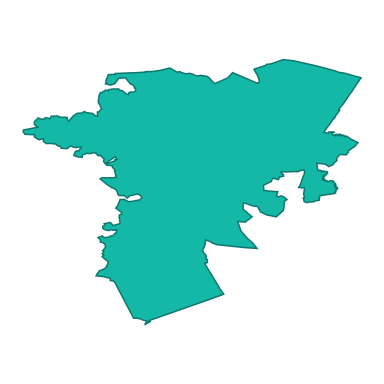 Annenieku pag., Dobele, Latvia (Equal Earth projection)
{"feature_id": "27541924B50154726334308", "entity_name": "Annenieku pag.", "entity_type": "district", "adm_level": 2, "iso_a3": "LVA", "parent_name": "Latvia", "parent_adm1": "Dobele", "projection": "equal_earth", "projection_center": [23.093, 56.636], "detail": "fine", "context": "isolated", "style": "filled", "palette": "teal", "viewbox_px": 384, "rotation_deg": 0, "n_neighbors": 0, "source": "geoboundaries", "source_scale": "gbopen_adm2", "svg_char_len": 5918}
<svg xmlns="http://www.w3.org/2000/svg" viewBox="0 0 384 384"><path d="M149.3,320.5L212.0,298.5L223.7,294.2L219.8,288.6L218.3,285.9L204.7,263.5L207.5,262.5L207.3,261.4L207.4,259.5L206.0,259.1L205.8,258.1L206.3,257.5L206.4,256.3L205.4,254.4L204.4,253.8L202.5,250.6L205.1,244.7L205.6,239.9L211.2,241.9L212.0,242.9L216.8,244.7L243.7,247.5L257.0,248.4L252.8,243.1L247.2,238.2L241.0,231.0L237.7,221.5L245.2,222.1L252.1,216.8L243.1,209.2L243.2,204.2L243.6,202.8L245.4,203.2L252.5,205.9L257.5,206.5L260.4,211.9L266.7,214.9L276.3,216.9L283.5,210.3L284.0,206.6L284.5,201.3L287.0,199.5L284.1,197.1L281.1,195.8L278.0,197.0L276.4,195.5L277.8,191.7L270.1,191.2L263.9,190.4L263.4,185.3L271.2,181.5L272.7,178.2L278.5,179.6L279.4,177.1L283.7,176.1L283.3,174.6L281.2,172.9L281.1,171.8L286.8,171.9L295.0,171.5L297.6,171.8L300.1,170.6L303.2,170.1L304.6,170.5L304.3,173.9L302.1,179.3L301.0,183.1L300.0,185.3L298.7,187.4L299.9,187.3L301.9,188.1L302.7,187.6L304.1,187.6L304.4,189.6L303.6,194.0L303.9,195.4L304.2,195.7L304.6,197.6L303.3,197.8L304.2,201.7L306.9,202.6L308.2,202.2L314.2,201.7L314.9,200.9L319.2,200.3L319.4,197.6L320.3,195.6L334.6,193.5L334.7,193.1L335.3,193.0L334.9,192.6L335.3,192.5L335.3,192.1L335.9,191.6L335.4,190.7L335.8,190.5L335.9,190.0L336.7,189.8L336.7,189.2L337.7,188.7L337.3,188.1L337.3,187.7L336.3,187.4L335.9,187.7L335.1,187.5L335.0,187.3L336.1,186.5L334.7,185.7L335.7,185.0L334.8,184.5L335.5,183.8L334.5,182.9L333.4,182.2L333.6,181.8L332.9,181.9L332.7,181.4L333.0,181.1L332.7,180.8L329.9,180.8L328.4,181.6L327.6,181.3L326.5,181.5L326.0,180.9L326.2,180.7L324.6,180.5L324.6,179.9L323.8,180.0L324.4,179.4L323.0,179.2L323.2,178.7L322.8,178.7L323.0,178.3L323.7,178.4L323.8,178.1L323.7,177.9L323.0,177.8L323.8,177.2L323.3,176.6L324.3,176.7L324.7,176.3L324.4,175.9L324.7,175.6L324.0,175.8L323.9,175.4L325.8,174.7L326.4,174.8L326.5,174.0L327.6,173.2L327.4,172.0L326.9,171.5L325.6,171.8L324.7,171.3L323.1,171.2L322.9,171.2L322.6,171.8L321.7,171.9L321.4,171.5L322.0,171.2L321.8,170.9L319.6,170.2L319.1,170.5L318.1,170.5L317.7,169.6L316.8,163.2L325.7,164.2L328.6,166.6L333.1,164.6L333.9,163.1L336.8,160.8L336.9,157.7L338.1,156.7L339.5,154.5L346.2,154.8L348.4,152.2L348.2,151.1L351.4,148.6L354.8,146.4L358.0,142.6L350.9,139.1L346.9,136.3L346.1,136.0L345.8,136.4L344.5,136.7L344.4,135.9L343.7,135.3L343.2,135.4L341.8,135.0L341.6,135.3L342.2,135.6L341.4,135.7L340.8,134.6L340.0,134.7L339.8,134.2L338.7,134.4L338.8,135.7L338.2,135.6L337.0,134.3L335.5,134.4L335.5,134.9L335.9,135.3L335.2,135.8L334.6,135.2L332.4,134.8L332.5,134.1L332.1,133.0L332.6,132.6L334.1,132.4L333.8,131.9L333.0,131.8L332.5,132.3L331.9,132.3L331.1,132.1L331.1,131.8L330.7,131.7L329.6,132.5L329.0,132.0L328.3,133.2L327.6,133.0L327.0,133.1L325.3,132.6L323.6,132.4L333.9,118.3L334.2,118.4L334.7,117.7L334.4,117.6L339.8,110.1L338.7,109.3L343.2,104.0L350.3,93.5L352.5,90.8L352.4,90.6L352.6,90.2L361.0,77.8L344.8,73.3L341.8,72.7L339.8,72.6L334.3,70.7L317.3,66.1L293.8,60.8L283.3,59.6L270.9,63.9L266.8,64.3L265.1,65.6L254.0,69.2L256.3,73.6L257.0,74.5L258.8,78.8L259.1,78.8L259.3,82.6L258.1,82.7L257.2,83.2L232.6,72.6L227.9,77.8L215.1,83.5L214.6,83.4L212.2,81.3L209.4,78.1L207.3,76.4L200.2,75.3L200.1,75.8L195.4,75.8L193.7,74.5L189.5,73.3L186.2,73.9L183.5,73.2L179.4,71.6L177.9,72.1L176.8,72.0L169.9,68.0L160.0,70.4L152.7,71.5L145.5,71.6L145.6,72.1L139.7,72.5L115.1,73.5L115.2,74.4L108.3,74.6L107.4,76.7L107.3,77.8L106.0,80.0L106.0,81.7L105.5,83.8L110.5,85.1L114.7,83.7L118.9,78.2L125.4,77.9L130.5,84.1L132.2,84.3L134.8,87.2L134.4,87.7L135.8,89.4L135.2,91.4L134.4,92.0L131.3,92.1L130.7,91.8L128.7,92.9L129.0,93.5L128.6,94.6L126.8,94.3L122.1,90.5L120.3,90.4L119.0,89.9L118.6,88.8L116.4,89.1L113.6,88.9L108.6,89.7L108.2,90.7L105.3,90.1L105.0,90.7L103.1,91.6L101.7,92.8L100.3,92.6L99.1,95.3L98.2,102.2L100.2,105.8L101.6,109.0L100.3,110.0L98.8,111.9L97.4,112.0L97.6,116.2L95.5,115.8L92.4,113.4L86.8,112.7L84.1,111.5L82.3,113.0L77.1,113.3L73.2,116.0L68.7,121.2L67.5,119.6L67.1,117.4L63.8,117.2L61.1,117.3L59.4,116.9L58.4,116.2L56.8,115.9L54.5,116.2L51.9,116.1L50.9,116.6L50.2,118.5L49.6,118.8L47.9,118.0L45.2,117.8L44.4,118.3L44.3,118.9L43.7,119.4L41.0,119.0L37.9,118.0L37.5,118.3L37.1,119.7L35.6,120.2L34.4,121.8L34.2,122.6L34.6,124.3L34.4,124.6L37.8,127.2L23.4,130.0L23.2,132.1L24.9,133.8L25.0,134.3L34.6,134.8L34.9,135.2L34.3,136.9L38.9,139.8L43.3,138.7L43.4,141.5L44.5,142.4L45.7,142.8L46.2,143.6L50.1,143.4L55.5,144.0L58.1,146.1L60.4,146.2L61.2,148.2L67.0,148.7L70.2,146.0L75.1,147.6L81.2,146.8L81.0,148.3L79.8,149.1L78.9,151.0L76.5,150.8L75.2,151.9L73.8,155.4L77.0,156.7L82.2,157.3L82.3,155.1L86.8,153.3L88.6,153.6L91.4,153.4L94.6,152.4L98.4,155.8L99.9,155.2L104.1,158.9L103.6,161.5L104.1,162.4L105.2,163.6L115.3,156.7L116.2,157.9L117.1,159.3L114.9,159.6L115.1,160.8L106.0,164.0L106.5,165.1L112.1,165.7L112.6,167.6L115.2,169.8L114.6,170.8L116.2,177.1L113.1,177.8L101.7,177.8L100.1,178.8L106.6,184.2L112.0,187.8L113.2,188.1L116.0,189.6L117.2,191.7L117.6,193.7L118.8,195.5L123.5,195.5L124.7,195.8L127.2,198.1L128.8,196.8L129.1,196.0L137.5,194.0L140.3,195.3L142.0,197.3L139.7,199.9L131.2,201.5L128.2,201.6L124.6,199.5L120.1,199.5L117.4,206.2L115.7,208.0L121.4,212.3L121.7,214.4L120.6,214.5L119.2,215.1L119.2,217.2L120.0,223.0L119.7,223.7L113.2,225.5L110.2,222.4L104.3,223.7L105.0,224.5L104.6,225.6L102.8,226.2L102.9,228.3L104.2,229.5L107.5,230.4L109.2,230.5L111.3,229.5L112.8,230.3L116.7,230.0L116.3,232.2L114.6,233.8L113.6,235.1L112.6,235.9L110.7,235.9L108.3,237.3L103.8,237.6L102.3,235.9L98.0,237.5L100.0,239.4L100.5,242.3L101.8,242.2L104.7,243.8L105.6,246.6L104.6,248.5L102.6,250.7L103.8,251.5L102.2,253.8L103.8,255.0L102.7,255.9L102.1,256.8L108.3,261.8L107.3,264.9L106.4,266.3L106.8,267.0L103.3,269.4L99.6,270.6L97.7,273.0L96.1,275.8L103.1,276.6L110.4,278.4L110.2,280.6L113.0,280.8L114.9,282.5L133.6,318.2L136.1,318.1L141.0,319.0L142.3,319.8L147.2,321.3L145.2,323.6L145.2,324.4L150.2,321.7L149.3,320.5Z" fill="#14b8a6" stroke="#0f766e" stroke-width="1.5"/></svg>